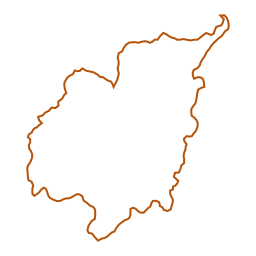 outline of Governador Lindenberg, Espírito Santo, Brazil
{"feature_id": "56859067B32114864176214", "entity_name": "Governador Lindenberg", "entity_type": "district", "adm_level": 2, "iso_a3": "BRA", "parent_name": "Brazil", "parent_adm1": "Espírito Santo", "projection": "natural_earth1", "projection_center": [-40.489, -19.202], "detail": "fine", "context": "isolated", "style": "outline", "palette": "amber", "viewbox_px": 256, "rotation_deg": 0, "n_neighbors": 0, "source": "geoboundaries", "source_scale": "gbopen_adm2", "svg_char_len": 2931}
<svg xmlns="http://www.w3.org/2000/svg" viewBox="0 0 256 256"><path d="M88.7,232.9L92.1,233.6L94.7,237.0L98.0,240.6L101.9,238.6L104.5,238.0L107.6,236.3L109.9,234.0L112.0,232.4L114.3,231.6L116.3,228.0L118.8,224.7L121.0,222.9L123.0,221.5L125.0,220.0L127.4,219.3L129.6,217.5L130.4,214.8L130.4,212.0L130.5,209.0L133.0,207.7L135.6,208.7L137.4,210.5L139.9,212.4L143.7,212.7L146.0,210.2L148.1,208.2L150.4,206.4L151.5,202.9L153.0,200.9L156.1,200.8L159.2,202.3L160.0,206.2L162.2,207.1L163.9,209.9L167.5,211.0L170.7,209.4L171.6,205.8L172.7,202.7L172.8,199.4L171.6,197.1L170.2,194.2L170.1,190.6L172.9,189.4L173.0,186.6L175.2,185.7L177.1,183.7L178.2,180.8L173.9,176.8L175.0,172.8L178.9,172.5L180.4,169.2L181.3,165.5L184.1,163.1L184.1,159.2L183.6,155.8L184.2,152.5L185.5,149.4L185.7,146.6L186.6,144.1L184.6,141.8L183.9,138.8L186.8,136.1L189.2,136.6L191.9,136.1L193.4,133.7L195.8,131.1L197.6,126.5L197.8,123.2L196.5,120.1L194.2,117.6L191.6,115.6L191.3,112.0L191.3,109.2L192.8,106.7L195.3,103.6L196.5,99.0L197.2,93.8L198.1,89.6L201.6,87.7L204.3,86.9L204.0,82.7L203.0,79.2L200.9,77.5L197.9,77.2L194.0,78.7L192.9,75.6L192.7,72.8L193.7,69.9L197.4,68.2L199.7,65.5L200.6,62.7L202.0,59.9L204.4,56.6L207.0,51.5L209.1,49.3L210.7,46.5L213.5,43.1L216.2,40.6L218.3,38.5L221.3,36.4L223.3,33.9L225.1,31.2L228.0,29.3L228.8,25.8L228.2,21.5L226.9,18.0L224.5,15.4L220.4,15.5L223.8,19.2L222.8,22.7L221.3,25.3L218.6,26.2L216.2,26.9L214.9,30.1L213.6,33.7L211.0,35.0L208.6,33.9L206.3,33.0L204.1,34.4L201.8,36.3L200.0,37.7L197.4,39.7L194.3,39.7L190.9,40.4L187.9,40.0L185.5,39.4L183.1,39.1L180.7,39.6L177.3,39.8L175.0,38.4L172.6,37.9L169.6,36.6L166.4,34.3L163.2,32.9L159.9,36.4L157.5,39.7L154.6,39.7L152.6,41.6L150.0,42.8L147.8,41.8L145.1,41.2L141.1,41.9L138.6,42.8L135.2,42.2L132.3,42.3L129.0,42.6L125.7,45.1L123.5,48.3L122.2,51.3L118.7,53.2L117.7,57.7L118.6,61.1L118.6,64.6L117.6,68.1L118.8,73.5L118.3,76.1L117.1,80.1L115.1,83.9L113.6,87.0L112.5,84.2L111.1,81.6L107.6,80.4L105.0,78.7L103.0,77.2L100.0,76.9L97.7,74.7L94.0,72.5L90.1,71.5L86.6,70.9L82.3,68.4L79.8,70.9L77.4,71.2L74.7,70.5L73.0,74.1L69.9,75.6L67.6,77.3L65.8,80.1L64.5,82.4L64.3,85.3L64.9,89.3L66.4,93.0L64.2,94.9L62.2,98.6L58.2,101.7L58.5,105.6L55.3,108.1L51.7,107.5L48.8,110.9L45.4,112.5L42.4,115.5L38.1,116.9L39.2,120.4L41.8,123.1L38.8,125.4L36.9,127.3L34.7,128.2L33.0,130.0L31.6,132.7L28.7,134.6L27.9,137.1L30.2,139.3L30.2,142.1L28.8,145.4L29.4,149.0L31.1,151.4L32.3,154.8L32.0,157.9L30.5,161.7L28.3,165.2L27.2,168.0L27.6,172.1L27.8,176.5L28.5,180.2L31.6,181.8L33.3,185.6L32.5,188.1L32.3,191.0L32.5,194.1L34.3,195.8L38.7,192.8L41.3,189.6L43.6,187.7L45.8,188.7L47.0,191.4L48.1,195.1L49.9,197.9L52.7,199.4L56.9,201.1L60.2,200.9L62.6,199.7L65.4,198.5L69.3,198.3L72.7,196.6L77.2,194.1L79.6,194.5L82.4,196.3L83.6,200.6L87.0,202.9L90.2,205.7L93.3,207.0L95.1,209.6L95.2,212.4L95.2,215.5L94.7,219.2L91.7,220.9L89.6,224.1L88.2,226.6L87.4,230.4L88.7,232.9Z" fill="none" stroke="#b45309" stroke-width="2"/></svg>